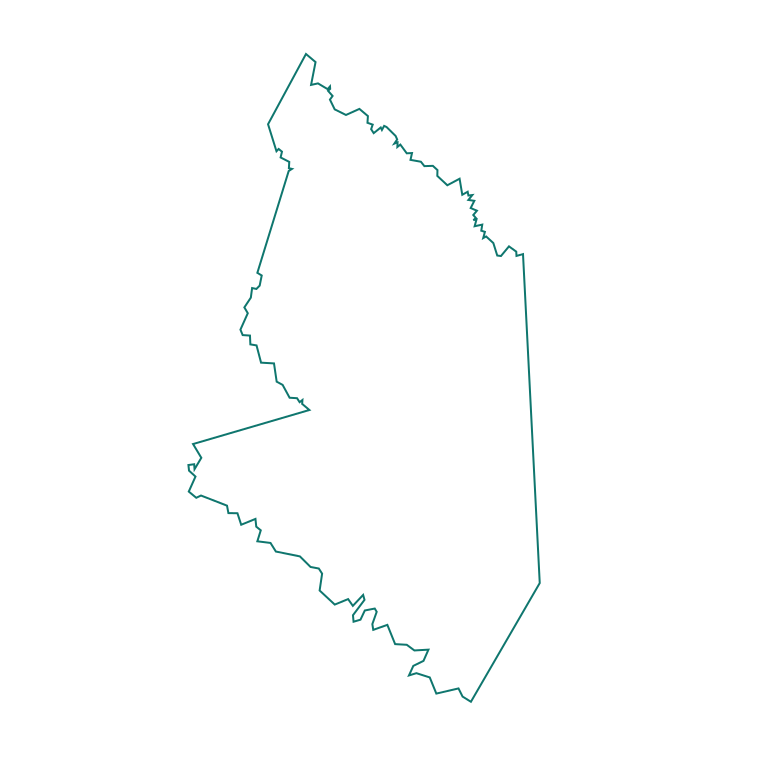 the district of Arauquita, Arauca, Colombia, rotated 216°
{"feature_id": "7082276B94752560507760", "entity_name": "Arauquita", "entity_type": "district", "adm_level": 2, "iso_a3": "COL", "parent_name": "Colombia", "parent_adm1": "Arauca", "projection": "equal_earth", "projection_center": [-71.114, 6.791], "detail": "medium", "context": "isolated", "style": "outline", "palette": "teal", "viewbox_px": 768, "rotation_deg": 216, "n_neighbors": 0, "source": "geoboundaries", "source_scale": "gbopen_adm2", "svg_char_len": 1954}
<svg xmlns="http://www.w3.org/2000/svg" viewBox="0 0 768 768"><g transform="rotate(216 384 384)"><path d="M141.0,314.5L347.9,570.8L352.1,565.5L354.8,568.8L363.8,568.8L364.6,556.3L367.9,554.5L378.4,562.3L388.1,563.4L389.5,560.4L391.8,566.4L395.4,565.2L398.2,570.7L403.4,564.9L405.9,571.5L408.0,569.1L407.3,572.3L411.1,573.2L410.7,578.8L417.3,577.3L418.6,585.3L423.9,582.5L423.6,588.8L426.5,586.1L429.3,588.7L431.9,583.1L443.5,594.5L449.6,582.0L463.2,583.7L466.5,588.5L472.7,589.2L479.4,584.0L484.8,585.5L494.3,580.9L497.1,587.3L501.2,584.0L511.5,587.3L512.5,583.6L515.1,587.5L516.9,584.6L517.1,589.6L520.4,591.5L533.0,593.4L535.6,592.9L535.0,588.3L537.4,589.6L539.8,580.9L544.2,582.6L545.6,587.2L550.9,585.6L554.5,591.3L565.6,592.1L572.9,579.3L585.3,577.2L594.9,582.3L594.9,586.8L601.6,588.3L601.0,591.1L602.6,593.0L602.9,589.4L614.1,588.4L618.8,583.1L628.6,604.2L641.1,605.1L630.5,526.0L607.8,509.1L607.4,512.2L603.1,512.0L600.8,506.5L591.2,508.0L587.8,502.7L584.9,503.9L586.3,500.3L551.8,399.5L546.7,399.9L542.4,390.5L543.1,385.9L547.1,384.1L542.5,375.6L542.0,363.9L535.8,361.2L532.1,343.6L527.1,340.5L520.9,344.4L515.4,337.5L509.8,340.3L496.0,329.0L485.1,336.0L472.2,322.8L465.5,323.7L452.3,317.4L446.0,321.4L441.6,319.7L440.6,323.1L438.5,319.8L429.1,319.1L503.2,223.2L488.4,216.9L487.2,203.7L490.4,207.5L494.6,203.5L490.8,199.3L482.1,198.3L478.7,182.2L469.0,181.6L466.5,186.2L439.5,193.3L434.0,188.1L426.6,193.3L416.8,186.2L408.7,199.3L403.5,193.5L397.7,193.2L394.0,182.3L382.4,188.7L373.0,184.9L350.7,195.1L335.9,192.8L328.3,196.4L322.6,194.2L314.7,179.1L294.2,176.6L286.6,188.9L278.8,186.2L276.9,201.1L272.9,197.9L273.2,178.7L268.9,173.8L264.5,179.5L266.4,189.5L259.5,196.9L256.0,195.4L252.3,182.9L248.2,178.8L239.7,191.1L222.1,180.1L212.3,186.4L202.8,186.3L191.9,195.2L189.3,183.2L194.6,173.2L192.5,162.9L187.8,169.1L174.5,173.5L159.7,164.3L144.8,181.5L136.7,177.3L126.9,178.0L141.0,314.5Z" fill="none" stroke="#0f766e" stroke-width="2"/></g></svg>